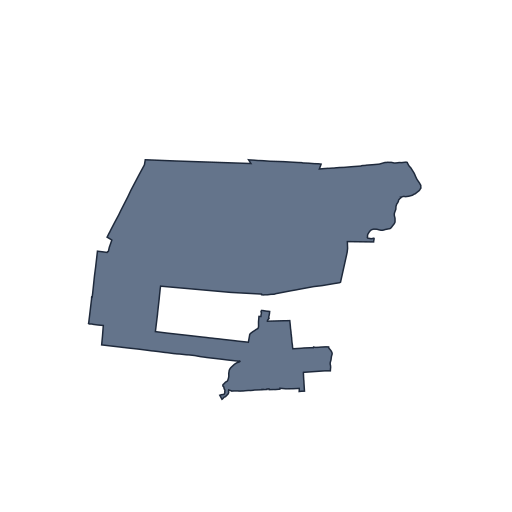 Varasti, Giurgiu, Romania, rotated 238°
{"feature_id": "2599482B7162388776253", "entity_name": "Varasti", "entity_type": "district", "adm_level": 2, "iso_a3": "ROU", "parent_name": "Romania", "parent_adm1": "Giurgiu", "projection": "orthographic", "projection_center": [26.231, 44.242], "detail": "fine", "context": "isolated", "style": "filled", "palette": "slate", "viewbox_px": 512, "rotation_deg": 238, "n_neighbors": 0, "source": "geoboundaries", "source_scale": "gbopen_adm2", "svg_char_len": 6065}
<svg xmlns="http://www.w3.org/2000/svg" viewBox="0 0 512 512"><g transform="rotate(238 256 256)"><path d="M255.2,433.8L255.6,433.5L255.9,433.2L256.3,432.6L258.0,429.0L259.3,427.1L259.6,426.5L260.0,425.5L261.3,422.9L261.7,422.4L263.7,420.4L264.6,418.9L265.6,417.5L265.9,417.0L266.4,415.7L266.9,415.2L268.6,409.2L271.4,403.7L274.5,397.8L274.9,396.7L276.4,394.0L276.6,393.4L276.7,392.6L280.6,385.3L284.4,377.8L286.8,373.7L287.7,371.9L288.4,370.6L289.2,368.8L290.2,367.1L291.7,364.3L292.6,362.9L293.0,362.0L294.2,359.8L296.2,355.8L299.4,359.9L300.5,358.6L301.2,357.7L303.6,354.1L306.9,349.7L310.1,345.0L311.0,344.2L311.2,343.9L312.8,341.5L316.6,336.1L321.4,329.4L329.0,318.0L333.3,312.2L335.2,309.4L335.9,308.3L338.4,305.0L341.0,301.3L341.5,300.7L337.1,300.7L379.3,238.0L396.3,213.1L393.0,210.2L392.8,210.1L392.6,209.8L392.2,209.3L391.3,207.7L386.7,199.6L378.0,184.7L374.2,178.8L366.1,165.3L363.5,161.2L359.4,154.0L355.1,146.7L353.9,144.8L352.9,143.0L351.4,140.6L350.9,139.7L346.0,142.2L345.8,142.1L345.2,141.3L343.5,139.2L341.2,136.3L339.5,134.6L338.4,133.5L338.1,133.1L338.1,132.9L338.3,132.3L337.9,131.6L340.7,128.3L344.1,124.1L331.8,114.3L325.0,108.7L310.9,97.7L308.1,95.4L308.4,95.0L307.8,94.5L307.7,94.6L293.4,83.1L290.7,80.9L288.3,79.0L287.5,78.2L286.7,78.6L285.2,80.9L284.3,81.7L281.1,85.6L278.0,89.7L269.2,83.2L262.4,78.0L260.1,80.9L258.0,83.5L250.1,93.4L249.4,94.2L247.7,96.4L247.1,97.1L243.7,101.4L239.4,106.9L233.9,113.6L230.8,117.3L229.7,118.8L226.5,122.8L222.4,127.7L221.0,129.6L219.4,131.5L216.7,134.7L215.7,136.1L215.3,136.5L213.2,139.5L210.4,143.0L209.2,144.5L207.7,146.7L205.0,150.1L203.8,151.6L201.9,153.6L201.3,154.3L200.8,154.8L199.9,155.8L197.2,159.1L196.3,160.1L195.1,161.6L186.9,171.9L183.2,176.4L176.4,185.0L176.1,185.4L175.9,185.9L175.8,186.3L175.2,186.6L175.1,186.4L175.0,186.0L175.1,185.1L175.3,184.3L175.6,183.2L175.6,182.2L175.6,181.2L175.6,180.4L175.4,179.3L174.7,175.7L174.4,174.8L173.9,173.7L173.2,172.7L171.7,171.4L170.8,170.6L168.9,169.5L168.2,169.0L167.3,168.2L166.4,167.2L165.5,166.1L165.1,165.2L165.1,164.5L165.2,163.5L165.1,162.9L164.6,161.2L164.5,160.3L164.3,159.7L163.8,159.3L163.1,159.0L162.0,159.3L160.2,158.6L158.7,158.6L157.5,157.6L156.9,157.4L155.7,156.0L155.8,155.0L156.1,154.4L156.7,153.2L157.1,151.5L152.5,151.2L152.5,151.5L152.7,152.5L153.2,154.0L152.9,155.6L153.8,159.3L154.7,160.5L156.1,161.2L156.9,161.9L154.5,163.8L154.3,163.8L153.2,165.9L151.0,169.4L150.6,169.8L149.7,171.2L148.9,172.7L148.4,173.5L147.9,174.5L147.8,174.8L146.2,177.9L145.7,178.8L144.8,180.1L143.7,182.3L143.2,183.6L139.8,189.5L139.3,190.4L139.6,190.5L139.0,191.5L138.8,191.4L137.0,194.5L137.4,194.8L136.5,196.6L135.7,196.3L133.6,199.9L132.5,201.6L130.4,205.7L131.2,206.2L127.5,211.0L123.7,217.3L120.8,222.5L119.6,221.8L118.2,220.8L117.2,222.9L115.7,225.5L122.4,229.1L124.9,230.5L125.6,230.8L128.3,232.3L130.4,233.5L131.7,234.2L132.2,234.6L128.1,242.3L122.2,253.4L119.2,258.2L120.9,259.4L121.6,260.0L122.2,260.4L123.5,261.1L124.5,261.4L125.5,261.9L126.5,262.7L128.1,264.5L130.9,266.8L132.4,268.5L132.8,268.8L133.4,269.1L134.3,269.3L135.6,269.4L136.9,269.3L138.3,269.1L139.0,269.0L139.5,269.1L140.0,269.2L140.2,269.3L140.4,269.4L141.9,267.2L143.4,264.5L144.5,262.5L145.6,260.3L146.9,258.1L147.2,257.7L147.9,257.0L148.3,256.6L147.8,256.1L148.5,255.0L149.9,252.6L151.1,250.5L152.7,247.7L153.4,246.2L154.3,244.5L154.9,243.4L156.1,241.2L157.4,238.8L157.8,238.1L160.0,239.0L160.8,239.5L163.8,240.8L166.2,242.0L167.8,242.9L169.0,243.4L170.3,244.1L171.4,244.5L172.8,245.3L175.6,246.6L175.9,246.7L178.8,248.2L183.3,250.4L184.8,247.8L186.4,245.2L193.9,232.4L194.6,231.1L195.1,231.4L195.6,232.0L195.8,232.9L195.9,233.4L196.2,233.8L196.4,233.8L196.3,234.1L196.5,234.2L196.9,234.1L197.1,234.2L197.7,234.6L198.6,235.6L199.0,235.9L199.9,236.8L201.1,237.7L201.7,238.2L201.9,238.0L202.8,236.9L202.7,236.8L205.3,233.8L205.3,233.7L205.8,233.3L206.1,233.0L206.5,232.3L206.9,231.8L206.4,231.2L206.0,230.6L205.0,230.6L203.3,229.0L202.1,228.1L203.2,226.5L199.2,223.5L198.3,222.9L195.0,220.9L194.4,220.4L193.8,219.7L193.7,219.5L193.5,219.0L193.6,217.4L193.6,216.7L193.5,215.8L193.5,213.2L193.3,210.8L193.2,210.0L192.6,208.9L192.3,208.7L186.9,203.8L189.0,201.2L193.6,195.3L195.6,192.9L202.7,183.9L205.4,180.6L208.0,177.2L209.5,175.4L211.3,173.0L213.4,170.5L215.4,167.9L222.9,158.5L237.3,140.3L245.2,130.6L258.8,141.6L259.9,142.4L270.6,150.9L274.0,153.5L275.0,154.3L278.6,157.1L281.0,159.1L238.5,215.3L220.8,240.5L220.2,240.2L219.0,241.7L218.5,242.8L217.1,245.0L215.6,248.3L214.1,250.9L213.7,251.9L213.7,252.5L212.4,255.8L208.0,267.2L206.0,272.1L205.1,274.5L202.5,281.1L199.5,288.7L195.8,296.5L191.0,308.2L190.0,310.5L189.1,312.7L189.0,313.8L208.3,332.8L211.0,335.4L213.9,337.7L219.8,341.1L205.6,363.2L206.3,363.7L207.7,365.0L208.0,365.3L208.3,365.4L208.6,365.4L208.8,365.1L209.2,363.8L209.7,362.7L210.3,362.1L211.1,361.2L211.8,360.3L212.1,360.2L212.6,360.2L212.8,360.3L213.2,360.8L213.8,361.1L214.5,361.6L215.2,362.3L215.3,362.6L215.4,362.9L216.0,363.9L216.6,365.4L217.0,366.8L217.0,367.3L217.0,368.2L216.6,369.5L216.4,370.1L215.9,370.8L215.0,372.2L214.6,372.7L214.0,373.3L213.0,374.2L212.1,375.1L211.5,375.8L210.9,376.7L210.3,378.2L210.1,379.3L209.7,380.4L209.0,382.2L208.8,382.8L208.3,383.9L208.2,384.6L208.3,385.2L208.5,386.0L209.1,387.5L210.1,390.3L210.4,390.8L210.9,391.6L211.3,392.0L214.0,393.7L215.2,394.2L216.3,394.5L217.3,394.9L218.7,395.8L219.5,396.7L221.6,399.4L222.8,400.2L223.9,401.0L224.5,401.7L225.5,402.9L226.1,404.4L226.4,404.9L227.0,405.8L227.8,406.5L228.1,407.0L228.2,407.6L228.5,408.5L228.6,409.7L228.7,410.1L228.8,410.2L229.1,410.1L228.8,410.9L228.7,411.5L228.3,412.8L228.0,413.2L227.1,414.2L226.0,416.6L225.7,417.3L225.1,419.3L224.7,420.7L224.6,421.1L224.6,421.4L224.7,422.1L224.7,422.6L224.4,423.9L224.8,427.3L224.9,428.4L224.9,428.7L225.3,429.9L225.8,430.8L226.2,431.8L227.7,432.6L228.2,433.0L228.5,433.1L228.8,433.2L229.7,433.2L231.0,433.3L235.9,433.1L237.4,433.3L239.3,433.5L240.2,433.7L242.4,434.0L248.7,434.0L249.4,433.9L250.0,433.7L251.7,433.5L254.8,433.7L255.1,433.7L255.2,433.8Z" fill="#64748b" stroke="#1e293b" stroke-width="1.5"/></g></svg>